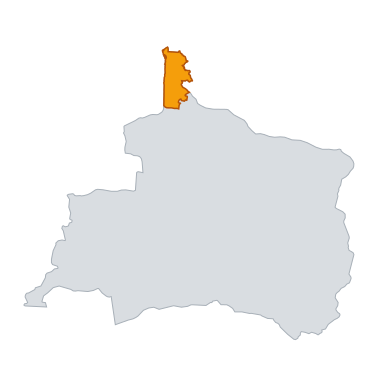 location of Bas-Congo within Democratic Republic of the Congo, rotated 92°
{"feature_id": "COD-1883", "entity_name": "Bas-Congo", "entity_type": "Province", "adm_level": 1, "iso_a3": "COD", "parent_name": "Democratic Republic of the Congo", "parent_adm1": "", "projection": "natural_earth1", "projection_center": [14.09, -5.165], "detail": "fine", "context": "in_parent", "style": "filled", "palette": "amber", "viewbox_px": 384, "rotation_deg": 92, "n_neighbors": 0, "source": "natural_earth", "source_scale": "10m", "svg_char_len": 7641}
<svg xmlns="http://www.w3.org/2000/svg" viewBox="0 0 384 384"><g transform="rotate(92 192 192)"><path d="M327.3,264.0L299.3,269.1L299.9,270.9L299.6,272.9L298.9,274.3L296.0,278.3L291.7,282.0L291.7,282.9L293.8,287.0L295.1,292.6L294.6,302.5L295.1,305.2L295.0,307.3L293.6,309.6L290.6,321.5L292.4,327.3L297.8,332.7L301.0,336.7L306.4,338.1L307.3,337.9L307.7,334.6L312.0,333.3L311.7,354.6L311.3,355.8L310.6,356.0L309.5,355.3L309.2,353.3L308.1,352.4L302.8,355.1L301.4,355.0L300.0,354.5L298.9,353.5L298.6,351.8L295.0,345.7L293.2,345.2L291.2,339.7L282.9,335.6L279.7,335.3L278.1,334.0L276.5,329.6L273.7,326.8L273.1,323.7L272.6,323.2L270.9,323.9L269.4,328.8L267.5,330.0L264.1,330.1L255.5,328.7L249.4,326.1L247.8,326.3L245.4,324.0L244.5,320.2L245.0,317.2L244.6,316.8L235.2,319.3L233.0,320.8L230.9,320.4L230.2,319.6L231.2,317.5L230.7,315.4L230.1,314.3L227.3,313.5L226.5,311.2L224.8,310.8L224.2,311.2L223.8,312.8L222.8,313.3L217.2,312.5L211.4,314.6L203.6,314.1L199.9,316.6L199.4,316.5L198.6,315.2L197.9,311.2L198.3,310.1L199.5,309.3L199.9,307.7L199.5,303.5L199.8,302.5L199.4,300.1L198.3,296.3L196.7,293.2L193.2,288.5L192.6,286.3L192.9,281.0L194.1,272.7L193.9,266.6L192.5,262.6L192.2,258.2L193.2,250.5L192.3,248.6L174.6,248.0L173.9,247.4L173.6,246.3L174.4,241.7L163.6,242.9L160.4,243.8L158.4,245.6L157.7,248.0L157.6,251.4L156.0,254.6L155.5,260.0L152.5,260.6L149.5,260.6L143.8,259.5L138.2,261.0L135.4,262.5L134.0,261.8L129.0,262.3L128.3,261.9L122.6,251.2L120.0,247.6L119.6,245.9L119.8,244.2L119.1,242.0L116.4,236.4L115.9,233.9L116.0,229.9L115.7,228.5L113.3,225.0L111.7,223.9L110.0,223.3L81.1,223.8L71.5,223.1L64.6,223.6L61.0,223.3L60.0,222.8L56.9,223.5L55.2,224.9L52.7,225.7L51.1,225.4L48.1,221.4L52.2,220.7L52.5,220.3L52.8,210.8L51.7,209.4L53.9,207.8L57.4,203.6L60.8,202.1L61.3,201.2L62.0,201.2L63.3,203.0L66.2,205.3L69.9,203.3L70.3,202.7L70.8,198.6L71.7,198.3L73.3,199.1L74.2,199.1L75.8,198.0L80.5,195.9L81.9,198.5L80.6,200.9L81.2,202.6L81.3,205.2L82.0,205.8L85.8,206.1L86.8,205.5L94.2,196.1L96.1,195.0L99.2,191.2L103.3,189.5L105.1,186.6L107.5,181.3L108.5,173.7L108.2,160.6L108.5,158.8L113.4,152.9L118.6,142.2L122.0,139.4L124.6,138.3L128.6,134.3L131.8,130.4L131.3,125.6L132.1,121.7L133.8,116.7L134.4,111.4L133.8,105.8L134.0,101.3L136.4,94.0L136.6,85.6L138.7,78.6L142.9,69.7L144.8,63.1L144.5,56.5L145.0,51.7L144.8,48.9L144.0,46.4L144.4,44.8L146.0,44.2L148.0,41.7L151.5,35.3L155.4,32.2L158.1,31.2L160.8,31.3L162.7,31.9L165.6,34.4L169.0,36.4L171.5,38.9L174.0,42.8L180.0,43.7L182.6,45.1L184.2,45.6L184.8,45.2L186.0,45.5L188.8,46.6L191.1,46.0L202.2,48.5L203.4,47.3L206.5,40.6L208.8,38.2L212.6,38.0L215.6,39.3L217.2,39.3L230.8,33.5L232.5,33.2L237.5,34.6L240.7,33.7L242.0,34.0L244.8,33.0L247.0,28.9L248.9,28.0L268.5,32.3L271.5,30.2L272.9,30.0L277.3,31.5L278.6,34.0L281.2,36.1L283.1,39.6L286.0,41.6L287.5,43.5L289.2,44.8L292.8,45.2L297.3,42.1L300.5,42.4L303.7,44.1L304.8,44.0L307.2,42.2L308.5,40.2L309.7,39.8L311.6,40.6L313.2,42.5L314.6,45.2L319.5,51.2L324.2,53.8L325.4,57.5L327.1,57.1L328.0,57.5L329.2,59.8L330.1,60.3L330.3,61.2L329.1,63.4L328.0,67.6L329.5,70.2L328.3,74.0L327.7,77.9L329.2,78.8L331.2,78.8L333.0,80.8L334.4,81.1L335.9,83.3L335.6,85.1L330.9,91.4L323.9,99.1L321.6,100.1L320.3,101.5L319.5,103.8L317.4,105.7L315.9,106.5L315.7,112.1L313.4,117.9L312.5,119.1L311.2,128.5L311.4,130.1L310.1,137.9L310.3,145.0L306.9,147.3L304.6,150.8L303.5,153.3L303.6,159.1L299.7,162.7L299.4,163.5L300.4,167.6L301.8,168.3L301.8,169.7L304.9,174.1L304.7,187.8L304.8,189.1L306.4,192.3L307.5,198.5L306.3,206.4L310.4,220.8L308.5,226.1L309.4,231.1L311.9,236.4L317.8,241.6L319.4,243.8L320.9,246.7L322.2,251.2L327.3,264.0Z" fill="#d9dde1" stroke="#a8b0b8" stroke-width="1"/><path d="M91.3,199.8L91.6,199.4L92.4,198.1L94.3,201.2L95.0,201.9L95.2,202.1L95.4,202.2L95.6,202.2L95.9,202.1L96.1,202.0L96.2,201.8L96.3,201.7L96.3,201.4L96.3,201.2L96.3,200.8L96.3,200.6L96.4,200.4L96.5,200.3L96.7,200.1L96.9,200.0L97.2,200.0L97.6,200.0L99.2,200.3L99.9,200.3L100.3,200.4L100.5,200.5L100.4,200.9L100.2,201.3L100.2,201.6L100.4,201.9L101.1,202.4L101.4,202.7L101.5,202.9L101.5,203.1L101.2,203.9L101.2,204.3L101.1,205.2L101.1,205.4L101.0,205.6L100.9,205.8L100.7,205.9L100.5,206.0L100.4,206.1L99.8,206.1L99.6,206.2L99.5,206.4L99.6,206.7L99.8,207.1L99.9,207.4L100.3,207.8L100.7,208.1L101.2,208.4L101.6,208.5L102.3,208.7L102.7,208.7L102.9,208.7L103.1,208.6L103.3,208.4L103.4,208.2L103.5,208.0L103.5,207.6L103.5,207.1L103.6,206.8L103.7,206.7L103.8,206.8L104.0,206.9L104.4,207.3L105.1,207.6L105.8,207.9L109.4,208.2L109.1,209.3L109.0,209.9L109.1,212.0L109.1,212.7L108.7,214.8L108.6,215.8L108.7,217.2L108.7,219.5L108.7,220.0L108.6,220.4L108.1,221.6L108.0,221.8L107.9,222.0L107.0,222.7L106.8,223.1L106.4,223.2L105.0,223.2L103.6,223.2L102.2,223.2L100.9,223.3L99.5,223.3L98.1,223.3L96.7,223.3L95.3,223.4L94.0,223.4L92.6,223.4L91.2,223.5L89.8,223.5L88.5,223.5L87.1,223.5L86.5,223.5L85.7,223.6L83.8,224.0L83.3,223.9L82.3,223.6L81.7,223.8L80.3,223.7L78.7,223.7L78.4,223.7L77.5,223.3L77.2,223.2L75.4,223.4L75.2,223.3L74.8,223.1L74.2,222.9L72.2,223.1L69.7,223.3L68.5,223.1L68.3,223.2L68.1,223.3L67.9,223.3L67.4,223.2L66.2,223.1L65.7,223.1L65.3,223.6L65.2,223.7L64.7,223.4L64.1,223.2L62.8,223.1L62.6,223.0L62.3,223.0L61.8,223.2L61.6,223.2L61.3,223.2L61.0,223.2L60.5,223.1L59.8,222.8L59.6,222.7L59.1,222.5L58.9,222.4L58.4,222.4L57.9,222.5L57.3,222.7L56.9,222.9L56.8,223.0L56.5,223.3L56.3,223.6L56.1,223.9L55.7,224.4L55.8,225.3L55.0,225.6L54.1,225.6L53.3,226.1L52.1,226.4L51.7,226.5L51.4,226.2L51.5,226.1L51.8,225.9L51.8,225.5L51.8,225.3L51.7,225.2L51.4,225.2L51.2,225.3L51.0,225.5L50.9,225.7L50.7,225.4L50.6,225.0L50.6,224.9L50.3,224.7L50.0,224.2L48.9,223.0L48.7,222.6L48.1,221.5L48.8,221.0L50.1,220.8L51.5,220.8L52.6,220.8L52.6,219.2L52.7,218.1L52.7,215.9L52.8,213.8L52.9,212.3L52.9,211.0L52.8,210.4L52.6,210.3L51.7,209.9L51.6,209.6L51.5,209.4L51.6,209.1L51.8,209.1L53.2,208.6L53.8,208.2L54.0,207.5L54.1,207.1L54.8,207.0L55.1,206.8L55.3,206.6L55.3,206.4L55.4,206.0L55.6,205.8L56.3,205.3L56.5,205.1L56.5,204.7L56.6,204.3L56.8,203.9L57.0,203.6L57.5,203.3L60.4,202.5L61.0,202.3L61.1,201.8L61.1,201.2L61.3,200.8L61.7,200.8L62.0,201.2L62.1,201.5L62.4,201.9L62.6,202.5L63.1,203.0L63.8,203.7L64.1,203.9L65.0,204.3L65.3,204.4L65.4,204.6L65.5,204.8L65.6,205.4L65.9,206.1L66.1,206.0L66.5,205.4L67.3,204.8L67.4,204.7L67.5,204.5L67.4,204.4L67.3,204.2L67.8,203.9L68.1,204.0L68.4,204.3L68.6,204.4L68.9,204.3L69.2,203.6L69.6,203.4L70.0,203.5L70.3,203.3L70.2,203.0L70.3,202.8L70.5,202.8L70.7,202.7L70.5,201.9L70.6,201.5L70.8,200.8L70.9,200.5L70.7,198.8L70.8,198.6L71.9,198.1L72.2,198.1L72.6,198.4L72.7,198.6L72.9,199.1L73.1,199.2L73.2,199.3L73.6,199.2L74.1,199.4L74.4,199.3L74.6,198.9L74.9,198.7L75.4,197.9L76.0,197.7L77.3,197.5L77.9,197.3L78.4,197.0L79.0,196.4L79.3,196.1L80.0,196.0L80.6,195.5L80.9,195.5L81.0,195.6L81.0,195.9L81.0,196.1L80.9,196.4L80.9,196.5L81.0,196.8L81.2,197.3L81.5,197.7L82.1,198.1L82.1,198.5L81.9,198.9L81.6,199.2L81.5,199.5L81.3,199.7L80.7,199.9L80.5,200.2L80.4,200.4L80.4,200.6L80.5,201.0L80.6,201.6L80.8,202.0L81.0,202.2L81.2,202.5L81.3,202.9L81.2,203.1L81.1,203.4L81.1,203.6L81.1,203.8L81.2,204.1L81.3,204.3L81.1,205.6L81.1,206.2L81.4,206.1L81.7,206.1L81.9,206.0L82.2,205.6L82.3,205.5L82.6,205.4L82.9,205.4L83.0,205.6L83.4,205.6L83.6,205.6L83.7,205.9L83.8,206.0L84.0,206.1L84.5,206.4L84.6,206.5L85.2,206.4L85.7,206.2L86.7,205.5L87.4,205.1L87.6,204.9L87.8,204.7L87.9,204.4L89.1,202.0L90.3,200.7L90.4,200.4L90.5,200.2L91.3,199.8ZM58.6,223.4L59.0,223.4L59.3,223.4L59.6,223.3L59.9,223.3L59.5,223.7L59.1,223.8L58.3,224.0L58.0,224.2L57.6,224.4L57.1,224.8L56.7,224.9L56.4,224.9L56.2,224.6L56.5,224.2L56.9,223.8L57.4,223.4L57.8,223.3L58.6,223.4Z" fill="#f59e0b" stroke="#b45309" stroke-width="1.5"/></g></svg>